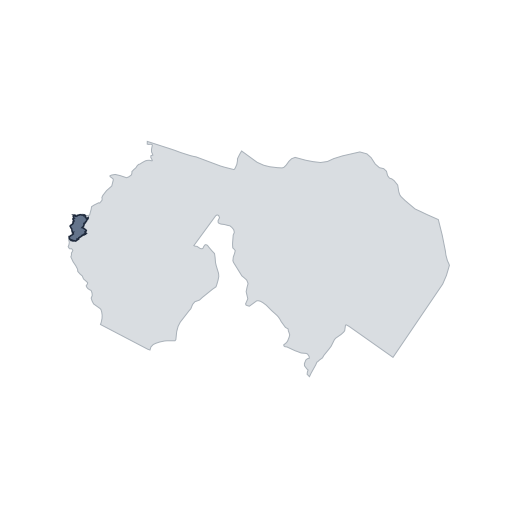 Mafinga, Muchinga, Zambia shown in context, rotated 217°
{"feature_id": "96606910B74743827741249", "entity_name": "Mafinga", "entity_type": "district", "adm_level": 2, "iso_a3": "ZMB", "parent_name": "Zambia", "parent_adm1": "Muchinga", "projection": "orthographic", "projection_center": [33.262, -10.323], "detail": "fine", "context": "in_parent", "style": "filled", "palette": "slate", "viewbox_px": 512, "rotation_deg": 217, "n_neighbors": 0, "source": "geoboundaries", "source_scale": "gbopen_adm2", "svg_char_len": 7896}
<svg xmlns="http://www.w3.org/2000/svg" viewBox="0 0 512 512"><g transform="rotate(217 256 256)"><path d="M330.7,331.2L311.5,331.5L304.5,333.1L298.8,335.5L292.1,339.4L288.2,342.0L287.1,343.5L286.6,346.6L286.7,351.5L286.1,355.1L284.1,358.3L273.9,362.4L267.2,365.7L260.7,369.5L255.8,374.5L252.5,380.6L247.1,388.1L235.7,401.6L228.9,404.3L223.2,403.8L216.1,401.2L210.6,400.8L206.6,402.6L202.8,402.2L199.3,399.4L196.3,398.5L194.0,399.3L191.1,399.3L185.5,397.9L180.6,393.2L178.0,391.4L176.0,390.7L170.3,390.0L157.3,389.3L143.9,392.1L132.3,394.8L119.7,384.6L107.6,373.8L105.0,371.1L100.4,367.5L97.2,365.8L95.9,364.9L92.2,355.0L90.0,345.9L85.6,257.5L139.3,255.8L142.7,255.3L142.8,254.4L140.2,249.7L140.2,248.0L140.8,244.8L142.9,238.3L143.0,236.2L141.7,229.2L141.7,225.3L142.0,217.4L141.6,214.7L142.7,211.2L143.1,208.8L143.5,207.8L142.8,205.1L141.5,195.7L140.7,191.8L144.0,192.3L145.1,194.2L145.8,196.3L147.3,196.4L151.2,197.5L152.6,199.2L153.6,203.0L153.1,204.9L151.9,206.5L153.2,207.8L155.8,208.7L157.3,208.4L161.6,205.7L165.5,204.6L167.6,203.9L176.5,202.0L178.3,201.0L179.5,201.0L180.4,201.7L179.7,204.4L179.5,206.8L180.7,211.2L181.6,213.3L183.5,214.7L184.9,215.5L186.5,217.1L189.6,216.7L196.5,218.8L198.6,219.8L201.5,220.8L203.6,221.2L210.7,221.8L218.2,222.9L222.1,222.9L224.9,222.6L226.8,221.9L228.0,221.1L228.5,220.5L231.1,211.9L232.6,211.3L234.4,210.8L235.5,211.5L236.8,216.9L242.4,221.6L244.3,225.6L245.7,229.1L246.9,230.0L249.0,231.2L252.3,231.5L255.3,231.6L270.0,237.3L271.6,238.3L273.5,241.5L274.6,245.0L275.8,247.8L277.7,248.3L279.4,248.5L281.1,250.4L282.4,252.1L286.8,259.0L287.5,261.8L289.6,263.6L292.5,264.3L295.1,264.4L296.6,263.6L300.3,262.1L303.2,260.4L305.3,259.8L306.5,260.1L307.5,261.3L308.2,264.7L310.3,265.9L311.8,265.4L312.4,264.0L312.4,263.3L311.9,226.9L310.5,227.2L308.9,228.2L305.0,228.4L303.5,229.2L303.0,230.4L303.4,231.9L303.5,233.9L302.9,234.9L301.2,235.3L298.8,234.6L294.3,233.6L290.6,233.0L287.9,230.3L284.2,226.2L281.8,224.2L276.0,220.0L275.0,219.1L273.3,217.1L271.7,213.7L270.2,209.8L269.4,207.3L270.7,203.4L273.9,190.7L274.6,186.8L277.3,182.7L277.5,179.2L276.3,174.6L276.5,172.1L276.7,157.6L275.9,153.0L273.9,148.0L269.7,141.0L269.7,139.5L276.0,134.8L277.9,133.1L281.2,129.3L283.4,126.1L284.8,123.5L285.2,120.2L284.1,117.1L286.3,116.4L339.0,107.7L339.7,109.9L341.4,113.5L343.2,116.1L345.5,118.4L347.4,119.8L348.7,120.2L356.8,120.0L359.8,121.4L362.3,123.2L363.0,125.9L364.6,127.7L366.5,129.0L367.2,129.2L368.6,128.9L370.7,128.8L372.8,129.4L373.7,130.0L373.8,132.3L374.4,133.4L377.2,133.7L380.0,133.9L382.7,135.5L385.6,135.7L389.0,136.4L390.6,138.1L394.2,139.8L398.6,141.3L403.4,143.9L403.5,144.7L404.3,146.2L405.2,147.3L405.3,148.9L405.7,150.3L406.9,150.7L407.9,150.8L408.9,149.7L410.2,149.8L411.6,150.4L412.1,152.2L413.2,154.4L415.0,156.0L416.2,157.5L415.8,160.3L415.0,162.8L417.4,165.3L420.6,167.7L421.4,168.7L421.7,172.2L422.2,173.4L424.3,176.3L425.3,178.3L425.3,179.4L419.5,185.2L416.0,186.1L414.5,187.3L413.5,188.5L415.8,194.2L417.0,196.4L416.0,199.2L413.7,203.8L412.7,204.2L412.5,207.7L413.2,209.0L414.3,210.0L414.8,212.4L414.7,218.3L413.3,225.1L415.8,231.0L416.7,231.6L420.3,231.6L420.9,232.1L420.0,233.8L417.5,236.4L413.0,238.4L406.5,240.6L405.2,242.7L404.3,245.8L405.0,247.6L405.9,248.7L405.6,251.4L405.0,254.2L405.2,256.5L404.9,258.5L404.1,259.4L403.0,262.4L401.6,265.4L400.5,266.8L398.9,268.2L396.3,269.4L396.3,270.0L399.3,271.4L400.0,272.4L400.3,273.0L399.1,274.5L400.4,275.4L402.0,276.2L403.6,278.2L405.4,282.0L405.7,282.3L406.2,282.4L407.2,282.0L408.9,280.5L410.2,279.9L411.8,282.1L384.8,291.4L378.4,293.3L369.0,296.6L365.9,297.9L363.5,299.1L338.5,306.5L334.5,308.0L325.7,311.7L325.4,312.4L325.6,314.0L326.4,317.5L328.0,320.7L329.3,322.5L330.2,327.1L330.7,331.2Z" fill="#d9dde1" stroke="#a8b0b8" stroke-width="1"/><path d="M426.4,178.8L426.2,178.8L426.0,179.0L425.9,178.9L425.8,178.5L425.9,178.3L425.7,178.2L425.7,177.9L425.7,177.5L425.2,177.4L424.8,177.1L424.8,176.9L424.5,176.6L424.2,176.6L424.4,176.4L424.6,176.2L424.7,175.8L424.6,175.6L424.3,175.4L424.2,175.2L424.1,175.3L423.9,175.2L423.8,175.3L423.3,174.9L423.2,174.9L422.8,174.8L422.7,174.6L422.8,174.3L422.6,174.0L422.4,173.9L422.6,173.7L422.4,173.6L422.4,173.3L422.5,173.2L422.2,173.0L422.2,172.9L422.2,172.5L422.2,172.3L421.8,172.1L421.9,171.8L421.8,171.7L421.7,171.2L421.8,171.0L421.7,170.9L421.8,170.7L422.0,170.3L422.2,169.5L422.2,169.4L422.5,169.1L422.6,168.5L422.4,167.9L422.2,167.8L421.4,167.5L420.5,167.0L420.3,166.9L419.9,166.9L419.4,166.8L419.2,166.8L419.3,166.8L419.2,166.6L418.9,166.5L418.7,166.5L418.8,166.5L418.8,166.3L418.7,166.1L418.7,165.9L418.5,165.7L418.4,165.7L418.2,165.6L418.1,165.4L417.8,165.1L417.5,165.0L417.5,164.8L417.2,164.7L416.9,164.8L416.5,164.8L416.4,164.8L416.4,164.7L416.2,164.9L416.2,164.7L416.0,164.3L416.0,164.2L415.8,164.1L415.7,164.1L415.6,163.9L415.4,163.9L415.1,163.7L415.2,163.4L415.3,163.3L415.4,163.1L415.5,162.4L415.6,162.2L415.6,161.9L415.8,161.6L416.3,160.7L416.2,160.4L416.4,159.6L416.9,159.3L417.0,159.2L416.9,158.8L416.5,158.5L416.0,158.0L415.3,157.5L415.2,157.6L415.1,157.4L414.9,157.4L414.7,157.3L414.4,157.2L414.2,157.2L413.8,157.2L413.7,157.3L413.4,157.4L413.4,157.6L413.2,157.8L412.9,157.9L412.7,157.8L412.7,157.7L412.5,157.9L412.4,157.9L412.1,157.8L412.0,157.6L411.8,157.7L411.7,157.6L411.5,157.8L411.3,157.9L411.4,158.1L411.2,158.1L411.2,158.3L410.9,158.3L410.7,158.4L410.7,158.5L410.4,158.8L410.1,159.0L409.6,159.0L409.3,159.2L409.2,159.2L409.0,159.5L408.8,159.9L408.8,160.3L408.7,160.3L408.7,160.5L408.6,160.8L408.6,161.1L408.4,161.4L408.5,161.5L408.7,161.4L408.9,161.7L408.7,161.7L408.7,161.8L408.5,161.7L408.5,161.8L408.2,162.1L408.0,162.3L408.1,162.6L408.0,162.8L407.9,162.9L408.1,163.1L408.0,163.3L408.1,163.5L408.3,163.7L408.5,163.9L408.5,164.0L408.4,164.1L408.2,164.6L408.1,165.1L407.7,165.4L407.6,165.5L407.5,166.1L407.6,166.3L407.5,166.6L407.3,166.8L407.2,166.9L407.3,167.3L407.1,167.4L407.1,167.5L407.3,167.8L407.2,167.9L406.9,168.2L407.0,168.3L406.8,168.6L406.8,168.9L406.5,169.0L406.5,169.3L406.5,169.5L406.3,169.5L406.1,169.5L406.1,169.8L405.9,169.8L405.7,169.9L405.7,170.0L405.8,170.0L405.8,170.4L405.9,170.5L405.7,170.6L405.9,170.7L405.6,170.9L405.8,171.2L405.6,171.3L405.4,171.5L405.5,171.6L405.4,171.7L405.5,171.7L405.6,171.8L405.6,171.7L405.9,171.6L406.0,171.6L406.3,171.8L406.2,171.8L406.3,171.8L406.5,171.9L406.5,172.0L406.8,172.2L406.7,172.5L406.8,173.1L406.7,174.1L406.8,174.2L407.0,174.4L407.4,174.4L407.7,174.3L408.4,174.4L408.6,174.5L409.2,174.4L409.5,174.3L410.1,174.5L410.4,174.3L410.8,174.2L411.4,174.6L412.0,174.1L412.0,174.6L411.9,174.8L411.8,175.1L411.7,175.5L411.6,176.1L411.7,176.3L411.9,176.5L411.9,176.8L412.1,176.9L412.1,177.0L412.1,177.4L412.4,177.8L412.5,177.9L412.4,177.9L412.5,178.1L412.4,178.1L412.4,178.4L412.5,178.5L412.5,178.8L412.5,179.0L412.4,179.1L412.4,179.3L412.5,179.5L412.4,179.5L412.3,179.9L412.3,180.2L412.5,180.4L412.5,180.5L412.5,180.9L412.6,181.0L412.5,181.3L412.5,181.5L412.4,181.8L412.6,182.1L412.6,182.3L412.7,182.8L412.7,183.1L412.8,183.1L412.7,183.3L412.6,183.6L412.6,183.8L412.6,184.2L412.7,184.3L412.6,184.5L412.6,184.8L412.8,185.1L412.9,185.3L413.0,185.2L413.1,185.3L413.1,185.1L413.1,184.8L413.3,184.7L413.6,184.7L413.7,184.4L414.0,184.2L413.9,184.2L414.0,184.1L414.3,184.1L414.2,184.1L414.3,184.1L414.5,184.2L414.9,184.2L415.0,184.1L415.3,184.2L415.4,184.3L415.3,184.5L415.5,184.7L415.8,184.6L415.9,184.8L416.0,184.8L416.3,184.7L416.4,184.8L416.4,185.3L416.5,185.3L417.0,185.6L417.5,185.4L417.7,185.5L417.8,185.4L418.0,185.3L418.2,185.2L418.3,185.0L418.3,184.9L418.4,185.0L418.6,184.7L418.9,184.6L419.1,184.3L419.5,184.2L420.1,183.7L420.8,183.5L421.4,183.2L421.7,182.6L421.9,182.1L422.1,182.0L422.2,181.8L422.7,181.3L422.9,181.0L423.0,180.6L423.0,180.1L423.6,179.6L423.6,179.4L423.9,179.2L424.1,179.1L424.2,179.3L424.2,179.5L424.4,179.6L424.6,179.7L425.1,179.4L425.3,179.6L425.6,179.5L426.0,179.1L426.4,178.8Z" fill="#64748b" stroke="#1e293b" stroke-width="1.5"/></g></svg>